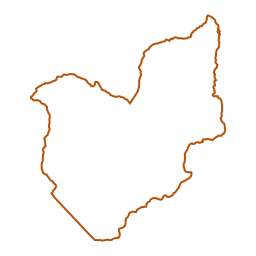 the district of Conquista D'Oeste, Mato Grosso, Brazil
{"feature_id": "56859067B92775034957558", "entity_name": "Conquista D'Oeste", "entity_type": "district", "adm_level": 2, "iso_a3": "BRA", "parent_name": "Brazil", "parent_adm1": "Mato Grosso", "projection": "albers", "projection_center": [-59.304, -14.62], "detail": "fine", "context": "isolated", "style": "outline", "palette": "amber", "viewbox_px": 256, "rotation_deg": 0, "n_neighbors": 0, "source": "geoboundaries", "source_scale": "gbopen_adm2", "svg_char_len": 5731}
<svg xmlns="http://www.w3.org/2000/svg" viewBox="0 0 256 256"><path d="M138.0,90.9L134.7,96.2L130.0,103.4L128.2,101.2L127.4,100.0L125.2,98.9L124.4,98.4L123.5,97.6L122.3,97.2L120.9,97.0L119.7,96.3L118.6,96.4L115.6,96.8L114.1,96.4L112.8,96.0L111.5,95.4L110.2,94.8L109.3,93.2L106.7,92.2L106.1,91.5L105.1,90.7L103.6,90.2L102.1,90.0L101.7,89.1L101.0,87.9L99.8,85.6L99.2,84.5L98.7,83.4L98.0,82.6L97.2,82.1L95.5,81.8L94.9,83.1L94.8,84.5L94.4,85.4L92.8,86.4L91.3,86.1L90.5,84.7L88.4,83.4L87.6,82.4L86.2,80.2L85.3,80.0L84.5,79.2L83.5,78.8L82.3,78.7L80.3,77.7L78.4,77.2L76.9,76.4L76.1,75.8L75.3,75.2L74.4,74.5L73.1,74.1L71.5,74.1L69.2,74.2L68.2,74.5L67.2,74.9L65.9,74.8L64.6,74.5L63.0,75.1L62.1,76.6L60.7,76.8L59.3,76.6L58.2,76.6L57.3,76.8L56.6,78.3L56.4,79.7L54.7,80.7L53.4,81.0L52.0,81.8L50.9,82.4L50.0,82.7L48.9,82.8L47.7,83.4L46.3,83.2L45.3,83.1L44.6,84.0L43.5,84.1L42.5,84.5L41.5,85.2L40.7,85.8L39.5,86.3L37.3,87.7L36.0,88.6L36.4,89.7L36.5,91.1L35.4,92.3L34.2,93.2L33.7,94.4L32.6,95.6L31.0,97.0L31.0,98.3L32.1,98.8L32.9,99.8L33.9,100.4L35.0,100.3L36.6,100.3L37.7,100.1L38.6,100.8L39.7,100.7L40.9,102.4L41.8,103.6L43.3,103.9L44.8,104.4L45.4,105.5L46.3,106.0L46.9,107.0L47.2,109.3L47.4,110.5L48.2,112.5L49.4,114.3L49.8,115.5L49.7,117.6L49.5,118.6L49.4,119.9L49.6,121.9L49.5,123.4L48.9,124.9L49.0,127.1L49.5,128.2L49.6,129.2L49.4,130.3L48.6,131.7L48.2,133.2L47.8,134.1L47.6,135.1L46.7,135.8L45.2,137.2L44.6,138.0L44.3,138.9L44.7,140.3L45.0,141.8L45.2,143.5L45.3,144.6L45.6,146.0L44.8,146.6L44.2,147.5L43.2,148.7L43.0,150.0L43.2,151.1L43.7,152.3L43.3,153.6L43.1,154.9L42.8,158.8L42.8,160.8L42.4,161.9L41.9,162.7L41.8,163.8L41.6,164.7L41.7,167.7L41.8,169.1L42.9,171.8L43.1,173.1L44.3,173.8L45.4,174.3L46.6,174.8L47.4,175.9L48.2,177.1L50.3,180.0L52.9,181.7L53.7,183.1L55.5,184.7L56.3,186.0L55.7,187.4L55.1,188.7L54.0,189.7L53.0,191.0L52.5,192.5L51.5,193.5L55.0,198.0L90.0,235.2L94.7,240.0L96.1,240.0L97.8,240.2L99.5,240.0L100.6,240.1L101.6,240.5L102.5,240.6L103.9,240.3L106.6,239.9L107.7,239.7L109.0,239.8L110.0,240.2L111.0,240.0L112.2,239.6L113.3,238.7L114.5,238.4L115.9,237.9L117.1,237.8L118.4,237.9L119.2,236.6L119.8,235.3L119.7,233.8L119.5,232.5L119.0,231.3L118.8,230.1L119.0,229.1L119.9,228.4L121.4,228.1L122.7,227.6L124.0,226.7L124.8,225.8L125.3,225.0L125.5,223.7L125.5,222.5L125.7,219.8L126.0,218.5L126.8,217.9L128.0,216.6L128.7,215.2L129.0,214.1L129.5,213.1L130.4,212.3L131.7,212.1L132.9,211.6L134.5,211.8L135.8,212.2L136.6,211.1L137.0,210.0L138.0,209.1L139.5,208.5L140.7,207.5L142.0,207.0L143.2,207.2L144.3,206.8L146.0,206.7L146.4,205.6L146.7,203.6L147.9,202.4L149.1,201.6L149.9,200.9L150.5,199.6L151.5,199.0L153.0,198.2L155.2,197.9L156.3,198.4L157.9,198.9L158.9,199.3L160.5,199.8L161.7,199.2L162.6,198.5L163.4,196.3L164.4,195.6L165.5,195.3L166.3,195.7L167.5,197.1L169.2,196.9L171.6,195.9L173.1,194.4L173.7,193.0L174.7,192.7L175.5,192.0L176.4,190.9L176.9,189.9L178.1,188.4L179.1,187.4L179.2,186.2L179.8,185.4L180.2,184.1L180.8,182.9L182.2,181.9L183.4,181.4L185.6,180.4L186.4,179.6L187.8,179.0L189.4,177.9L190.3,177.1L190.9,176.2L191.5,174.5L191.3,172.4L186.8,172.1L185.5,171.4L184.6,169.8L184.1,167.5L183.5,165.6L183.8,164.1L184.3,162.7L184.8,160.8L184.9,159.0L185.1,157.2L185.1,155.9L184.7,155.0L185.1,153.5L185.7,152.1L186.6,150.8L187.4,149.4L187.9,147.9L188.6,146.6L189.3,145.1L190.4,144.0L191.9,143.3L192.8,143.9L193.8,144.0L195.2,143.2L196.4,142.4L197.3,142.1L198.3,142.3L199.2,142.8L200.3,142.7L201.3,142.2L202.7,142.0L202.5,140.5L203.2,139.4L204.4,139.5L205.7,139.3L206.7,139.0L208.3,139.1L209.6,139.4L211.1,139.6L212.2,140.3L213.2,139.6L214.1,138.6L215.1,137.8L216.1,137.2L217.5,136.6L218.3,135.6L219.8,135.8L221.2,135.8L221.9,134.9L222.8,134.0L224.0,133.4L224.9,131.3L225.0,129.6L224.8,128.2L224.8,126.6L224.6,125.2L224.2,123.6L223.1,122.8L222.3,122.1L221.7,121.2L221.2,120.1L220.7,118.4L221.2,117.2L221.8,116.1L221.8,114.6L221.4,113.3L221.8,111.9L222.2,110.5L222.2,108.9L222.1,107.2L222.1,105.9L221.8,104.3L221.8,102.8L221.0,99.7L219.8,98.4L218.7,98.4L218.1,97.4L217.6,96.0L216.3,96.5L215.2,96.1L213.7,96.3L212.8,95.4L213.3,93.8L214.5,93.2L214.9,92.0L214.4,90.7L214.2,88.9L213.4,87.2L213.8,86.0L215.0,85.4L214.4,82.5L214.5,81.1L215.4,80.8L216.1,80.1L215.3,78.9L214.5,77.5L214.5,76.1L214.9,75.2L214.9,73.9L214.0,73.2L214.0,71.9L214.5,70.7L214.7,69.6L215.9,68.5L216.7,67.3L217.2,66.0L217.5,64.9L215.6,62.6L215.6,61.3L216.1,60.0L215.4,58.6L215.6,57.1L216.1,55.0L215.9,53.7L216.3,52.2L216.4,50.6L217.1,49.5L217.9,48.6L218.7,47.4L219.1,45.6L219.2,44.1L219.5,42.7L218.9,41.6L218.6,40.2L218.9,38.9L219.0,36.0L219.6,35.2L220.0,34.3L218.6,33.5L217.9,32.3L219.4,32.5L219.7,31.4L219.3,30.2L218.2,30.2L217.8,28.9L218.6,27.9L218.1,25.2L217.4,24.3L216.1,23.6L215.4,21.7L215.2,20.5L214.6,19.6L211.6,17.0L208.0,15.4L207.3,16.1L206.9,17.2L206.9,18.6L206.0,21.9L205.3,23.1L203.9,23.6L202.9,24.5L202.5,25.6L201.3,26.2L199.8,26.3L198.9,27.5L197.7,28.1L196.8,28.2L196.3,29.4L195.2,30.2L193.7,30.9L193.2,32.0L192.3,32.5L190.9,34.8L191.3,35.8L190.7,36.8L189.6,37.2L188.3,37.4L187.5,38.1L186.6,38.4L185.5,38.5L184.1,38.5L182.2,38.7L180.8,38.0L179.8,38.3L178.7,38.5L177.9,38.0L176.9,37.8L175.6,37.3L174.5,37.5L173.3,38.3L172.4,39.3L171.5,38.7L170.3,39.2L169.4,40.9L168.2,40.2L167.2,39.9L166.3,39.4L165.4,40.5L164.5,41.4L163.6,41.5L162.6,41.7L161.4,42.2L159.9,42.6L159.0,43.0L156.8,43.8L155.6,43.4L154.3,44.2L152.9,44.6L152.1,45.1L151.3,46.0L149.9,47.0L149.3,48.3L148.4,49.2L147.0,50.1L145.7,50.8L144.6,51.8L143.9,52.6L143.5,53.6L144.1,54.5L144.3,55.8L143.6,57.0L142.7,58.2L141.9,59.6L141.5,60.9L141.5,62.0L140.7,64.4L140.0,65.6L139.1,66.6L139.1,67.7L139.3,68.8L140.1,70.0L140.9,71.5L140.6,73.4L141.2,74.8L140.8,75.9L140.2,77.1L139.7,78.4L139.1,80.6L139.3,83.7L139.1,85.4L139.0,86.9L138.0,90.9Z" fill="none" stroke="#b45309" stroke-width="2"/></svg>